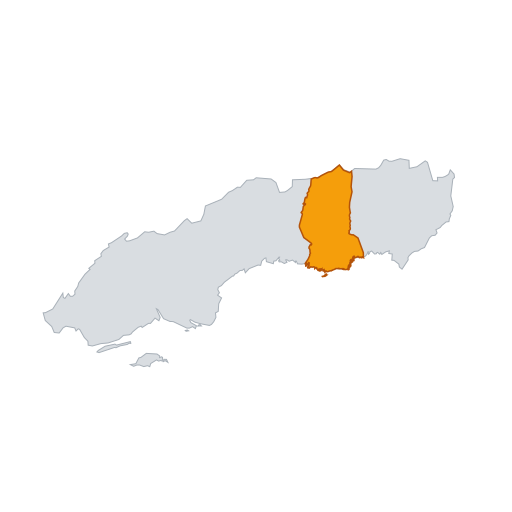 where Västerbotten sits in Sweden, rotated 54°
{"feature_id": "SWE-192", "entity_name": "Västerbotten", "entity_type": "County", "adm_level": 1, "iso_a3": "SWE", "parent_name": "Sweden", "parent_adm1": "", "projection": "orthographic", "projection_center": [19.633, 64.883], "detail": "fine", "context": "in_parent", "style": "filled", "palette": "amber", "viewbox_px": 512, "rotation_deg": 54, "n_neighbors": 0, "source": "natural_earth", "source_scale": "10m", "svg_char_len": 9338}
<svg xmlns="http://www.w3.org/2000/svg" viewBox="0 0 512 512"><g transform="rotate(54 256 256)"><path d="M164.3,348.2L165.1,352.3L167.9,352.1L169.4,349.4L171.7,341.3L171.0,331.8L173.7,328.9L175.9,324.0L179.7,322.9L185.2,317.6L186.3,311.5L187.9,307.2L185.3,293.2L185.3,289.8L191.7,288.7L195.2,280.0L191.6,273.7L185.8,267.5L189.9,250.4L188.3,240.7L189.2,236.7L189.4,230.6L191.3,228.3L189.3,219.0L192.9,213.2L192.8,209.9L202.6,198.5L208.3,196.7L218.4,199.6L221.2,194.9L221.5,192.2L221.2,185.9L215.8,181.7L222.9,171.0L228.6,160.5L230.4,149.9L231.8,145.5L231.5,135.0L237.8,134.3L243.6,130.4L243.2,124.7L256.2,107.9L256.7,104.9L256.0,101.8L253.5,96.3L254.5,93.9L257.6,92.6L259.3,90.3L262.0,82.2L268.5,76.0L275.2,80.5L278.4,73.3L278.5,63.2L281.0,62.2L299.0,68.7L302.0,64.9L299.0,63.0L302.0,58.9L302.8,56.4L303.1,53.5L303.0,51.9L300.5,48.2L306.1,47.6L309.2,49.3L309.5,51.6L321.9,63.1L331.9,67.4L334.8,70.7L336.0,74.4L337.6,74.5L339.6,77.8L341.6,79.7L340.2,82.2L340.5,87.7L341.2,90.2L340.5,95.0L343.8,96.0L344.5,98.9L342.9,101.9L343.3,105.1L348.2,114.7L347.3,118.0L347.2,122.0L345.4,125.1L345.2,128.2L345.8,132.1L346.6,134.0L348.6,135.2L352.5,145.6L349.2,146.5L346.5,145.2L340.7,146.9L339.2,148.6L334.5,144.6L332.0,147.1L330.2,145.1L328.9,148.6L328.7,153.3L326.5,153.0L327.3,154.8L324.5,155.5L324.3,156.3L324.9,157.4L324.1,158.9L320.0,159.5L319.5,161.1L320.7,162.9L320.7,164.0L318.1,162.4L320.0,165.7L320.4,168.2L315.0,178.2L316.9,180.8L318.6,186.3L320.3,188.8L319.7,191.4L313.8,197.8L310.5,207.4L303.0,213.9L299.0,215.5L296.4,220.1L293.3,218.7L293.2,221.3L291.3,219.6L289.6,223.6L286.8,227.0L283.8,226.4L283.4,227.0L284.4,227.9L280.8,228.8L279.7,232.3L277.1,233.2L276.6,234.3L279.3,234.6L278.7,237.5L275.6,238.9L274.4,240.7L273.1,240.6L273.4,239.2L271.4,239.2L270.8,237.6L270.4,238.0L271.6,242.7L270.6,244.6L272.4,246.5L266.7,250.9L263.4,249.1L262.9,250.4L263.5,254.4L266.3,257.7L264.5,259.7L262.2,268.9L263.3,274.5L259.4,273.2L259.6,275.3L258.3,277.7L258.7,281.4L258.2,283.7L259.0,285.9L258.4,286.9L258.6,297.0L259.6,301.4L259.1,304.8L260.7,306.7L264.2,307.2L265.1,310.1L269.7,308.5L272.7,314.2L278.6,319.1L278.2,322.2L282.1,324.5L284.3,328.8L285.2,332.3L284.8,334.5L278.6,340.3L273.8,344.2L268.8,346.5L269.1,347.4L271.5,347.9L277.4,345.2L279.1,347.7L275.9,348.8L275.2,352.2L273.7,354.3L260.3,361.6L258.5,364.0L252.4,367.6L241.8,366.8L240.1,367.6L249.3,369.6L251.3,372.6L246.9,374.2L248.5,381.0L247.3,382.6L246.9,390.1L245.3,390.1L244.4,393.2L244.9,400.7L245.6,402.8L245.2,405.0L242.3,409.9L242.9,416.0L239.4,426.8L235.7,433.0L232.6,441.3L229.5,444.2L226.2,442.1L221.0,442.8L211.7,441.8L210.4,442.6L210.9,445.7L207.6,444.9L201.1,451.0L200.7,454.2L202.6,460.5L199.3,464.2L193.0,462.7L184.3,464.4L176.9,461.6L178.1,459.6L179.4,451.6L172.5,434.1L176.3,436.3L178.0,435.5L176.1,429.9L179.5,429.9L180.8,428.1L180.5,424.9L177.8,423.2L175.9,418.1L173.6,415.3L170.2,405.0L169.3,398.1L167.7,398.5L167.2,390.6L165.0,389.2L165.4,381.3L163.0,380.2L161.8,376.4L162.4,369.6L159.5,368.3L160.3,365.1L160.8,353.0L160.3,349.2L161.5,346.5L163.1,346.5L164.3,348.2ZM286.0,393.6L284.6,394.4L283.8,396.5L281.6,397.6L281.1,404.4L283.1,407.0L281.0,408.2L279.5,411.8L275.8,414.2L274.2,416.4L273.3,419.8L270.0,421.5L272.5,416.5L269.6,410.7L270.4,408.6L270.3,402.0L277.1,393.7L280.2,392.7L281.5,393.7L282.1,391.6L283.1,391.2L286.0,393.6ZM241.9,439.8L240.1,441.1L239.7,439.0L240.3,431.1L244.4,421.9L246.1,421.2L251.1,408.7L251.6,407.9L253.1,408.7L252.0,409.9L251.9,412.1L248.8,418.8L247.9,423.2L246.8,424.2L241.9,439.8ZM287.3,391.0L287.0,392.9L285.4,391.3L287.0,389.2L290.2,389.8L287.3,391.0ZM280.5,341.3L278.4,344.3L278.1,343.0L278.5,341.6L280.5,341.3ZM275.8,356.8L274.7,357.0L275.5,355.0L276.9,354.5L275.8,356.8Z" fill="#d9dde1" stroke="#a8b0b8" stroke-width="1"/><path d="M226.2,166.1L226.3,165.8L226.9,163.0L227.2,162.3L227.5,161.8L228.6,160.9L229.1,160.0L229.3,158.6L229.3,156.9L229.4,155.5L230.6,148.2L230.8,147.8L231.8,145.8L232.0,145.2L232.0,143.9L231.4,135.1L237.9,134.8L243.5,131.4L243.7,131.0L243.7,130.3L243.6,129.3L243.6,128.9L248.2,131.6L255.8,138.3L260.5,140.6L267.7,148.7L271.5,151.8L276.4,154.3L276.6,154.3L276.9,155.0L277.4,155.9L278.1,156.6L278.8,157.0L280.1,157.5L280.9,158.4L281.4,158.7L283.2,158.8L283.4,158.9L283.5,159.1L284.0,160.0L284.7,160.9L286.8,161.9L287.5,162.9L288.9,163.3L289.6,163.9L289.9,164.4L290.1,164.9L290.2,165.9L290.5,166.1L290.8,166.1L291.2,166.3L291.3,166.4L291.9,166.9L291.9,167.3L292.2,167.5L292.4,167.6L292.8,167.5L293.5,167.2L295.1,166.1L296.1,164.8L301.4,162.9L316.4,167.2L320.1,169.8L320.6,170.0L320.3,170.2L319.2,170.2L319.1,170.5L319.2,170.9L319.6,171.5L319.2,171.9L318.7,171.7L318.5,171.9L318.5,172.2L318.0,172.6L318.0,172.9L318.2,173.2L318.0,173.4L316.4,173.6L316.2,173.7L316.2,173.9L316.4,174.3L316.3,174.7L316.1,175.1L315.9,175.3L315.9,176.2L315.7,176.6L315.4,176.8L315.5,177.4L315.3,177.5L314.9,177.8L314.6,177.8L314.4,177.6L314.3,177.3L314.3,176.9L314.2,176.7L313.8,176.7L313.7,177.1L313.6,177.5L313.7,177.9L313.9,178.1L314.3,178.2L314.2,178.7L314.5,178.9L314.7,179.1L315.2,179.1L316.0,178.8L316.9,179.1L317.2,179.4L317.3,179.8L317.1,180.0L316.5,180.0L316.2,180.1L316.5,180.6L316.7,181.0L317.4,181.5L317.1,181.8L317.1,182.2L317.3,182.4L317.3,182.6L316.9,182.4L316.3,181.7L316.0,181.6L315.7,181.3L315.4,180.9L315.1,180.5L314.8,180.7L314.7,181.1L314.7,181.6L314.9,182.1L315.1,182.4L315.5,182.6L315.9,182.6L316.3,182.7L316.6,183.3L316.3,183.3L316.4,183.6L316.5,183.9L316.8,184.1L317.2,184.2L317.3,184.3L317.5,184.8L317.7,185.0L317.9,185.4L318.0,185.5L318.1,185.4L318.1,185.1L318.2,184.7L318.3,184.3L318.5,184.5L318.8,184.9L319.1,185.5L319.4,185.7L319.5,184.9L319.8,185.1L319.8,185.9L320.0,186.3L320.2,186.5L320.4,186.6L320.7,186.5L320.3,186.9L320.1,187.0L320.0,186.9L319.6,186.2L318.9,186.8L318.5,187.0L318.3,186.7L318.2,186.4L318.0,186.5L318.2,186.8L318.5,187.4L318.7,187.5L319.0,187.2L319.5,187.1L319.7,187.3L319.9,188.0L319.7,188.5L319.8,188.8L320.0,189.0L320.3,189.0L320.5,188.6L321.1,188.7L321.0,188.2L321.3,188.4L321.5,188.6L321.5,189.1L321.4,189.4L321.1,189.4L320.8,189.8L320.4,190.0L319.6,191.6L319.0,192.2L318.8,192.6L318.5,192.9L318.2,192.6L317.9,192.2L317.7,191.9L317.8,192.4L317.7,193.0L317.8,193.1L317.9,193.4L317.7,193.5L317.4,193.8L317.1,193.9L316.9,193.7L315.1,196.4L314.6,196.2L314.5,196.4L314.2,197.3L313.1,198.7L312.9,199.3L313.1,199.8L313.0,200.3L312.5,201.7L312.4,202.2L312.5,202.1L312.5,202.5L312.4,202.7L312.3,202.9L312.3,203.5L312.3,203.8L312.2,203.9L312.1,204.0L311.9,204.4L311.6,204.6L311.4,205.0L310.9,207.1L310.7,207.4L310.1,208.0L309.5,208.0L309.4,208.2L309.3,208.6L309.4,208.8L309.6,208.9L309.8,208.8L309.6,209.6L309.4,209.9L309.2,209.8L308.9,209.1L308.8,208.9L308.5,208.9L307.9,209.6L307.8,210.0L307.7,210.3L307.4,210.1L307.6,209.8L307.5,209.5L307.4,209.3L307.0,208.9L306.4,210.4L306.1,210.8L305.8,210.6L305.9,210.8L305.8,211.4L306.0,212.3L305.9,212.6L305.7,213.0L305.6,213.3L305.4,213.4L305.2,213.3L305.1,213.0L305.0,212.7L305.1,212.2L305.1,211.9L305.0,211.5L304.8,211.1L304.6,211.0L304.5,211.5L304.6,213.3L304.4,214.1L304.2,214.2L303.9,213.6L303.8,213.3L304.1,212.5L304.1,212.1L304.1,211.7L303.8,212.1L303.6,212.8L303.4,213.5L303.5,214.2L303.2,214.2L302.3,214.2L301.8,214.5L301.7,214.4L301.5,213.9L301.2,213.8L300.9,213.9L300.7,214.1L300.5,214.4L300.3,214.8L300.4,215.1L300.6,215.8L299.5,215.2L299.3,215.2L299.1,215.5L298.6,215.7L298.5,215.9L298.3,216.7L297.8,217.2L297.3,217.7L296.8,218.2L296.8,218.5L297.0,219.3L297.1,220.0L296.7,220.3L296.1,221.0L295.9,221.1L295.2,220.6L295.2,220.2L295.3,219.9L295.2,219.6L294.9,219.4L295.0,218.9L294.8,218.8L294.4,218.3L293.7,218.0L293.5,217.8L293.2,217.3L292.9,217.0L292.6,217.1L292.2,217.4L292.5,217.7L292.9,217.9L292.7,218.7L292.9,218.9L293.2,219.0L293.6,219.4L293.3,219.7L292.8,219.8L293.5,221.0L293.5,221.6L293.4,221.7L293.1,221.5L292.7,221.1L291.6,219.6L291.2,219.4L291.2,219.6L291.5,220.6L291.3,220.8L291.0,220.5L290.8,220.2L290.7,220.0L289.3,216.0L287.6,212.9L287.1,212.2L286.8,211.9L286.2,211.6L286.0,211.0L285.9,210.5L285.6,210.2L285.3,210.1L284.8,210.1L284.5,210.0L284.2,209.8L283.9,209.4L283.6,209.2L283.0,209.0L282.3,208.6L282.1,208.5L281.1,208.6L280.8,208.5L280.0,207.9L279.8,207.7L279.7,207.5L279.6,207.2L278.8,205.5L278.7,205.3L278.8,205.2L279.3,205.2L279.5,205.0L279.4,204.6L279.3,204.2L278.8,203.8L277.9,203.8L269.2,206.5L258.1,203.9L256.5,202.7L249.9,194.4L249.4,193.9L249.0,193.7L248.5,193.7L247.5,194.0L247.3,193.8L247.1,193.1L246.8,191.9L246.3,191.1L243.8,188.7L243.6,188.1L243.4,187.4L243.4,186.2L243.3,185.8L243.0,185.4L242.5,185.5L242.2,186.3L241.9,187.2L241.6,187.3L241.4,187.2L241.3,186.6L241.2,186.0L241.2,185.9L241.0,185.4L240.6,185.0L238.5,182.8L238.3,182.4L237.8,181.8L237.7,181.5L237.8,181.3L238.6,180.9L238.7,180.7L238.2,180.2L237.8,179.7L237.5,179.1L237.3,178.9L236.8,178.4L236.3,178.0L235.5,177.9L235.4,177.8L235.3,177.7L235.1,177.2L234.9,176.0L234.8,175.5L234.6,175.1L234.3,174.9L233.9,174.6L233.2,174.3L232.9,173.9L232.0,172.1L231.7,171.3L231.5,170.9L230.8,170.0L226.2,166.1ZM312.3,211.0L312.6,210.8L313.0,210.3L313.0,210.5L313.1,210.8L313.0,211.0L312.9,211.2L313.0,211.7L313.0,212.1L312.8,212.5L312.4,212.9L312.0,213.1L312.0,212.8L312.2,211.3L312.3,211.0ZM311.6,210.5L312.0,209.6L312.5,209.7L312.8,210.3L312.1,210.9L312.2,210.7L312.1,210.4L311.6,210.5ZM312.1,213.5L312.1,213.8L312.0,214.1L311.8,214.3L311.5,214.3L311.6,214.0L312.1,213.3L312.1,213.5Z" fill="#f59e0b" stroke="#b45309" stroke-width="1.5"/></g></svg>